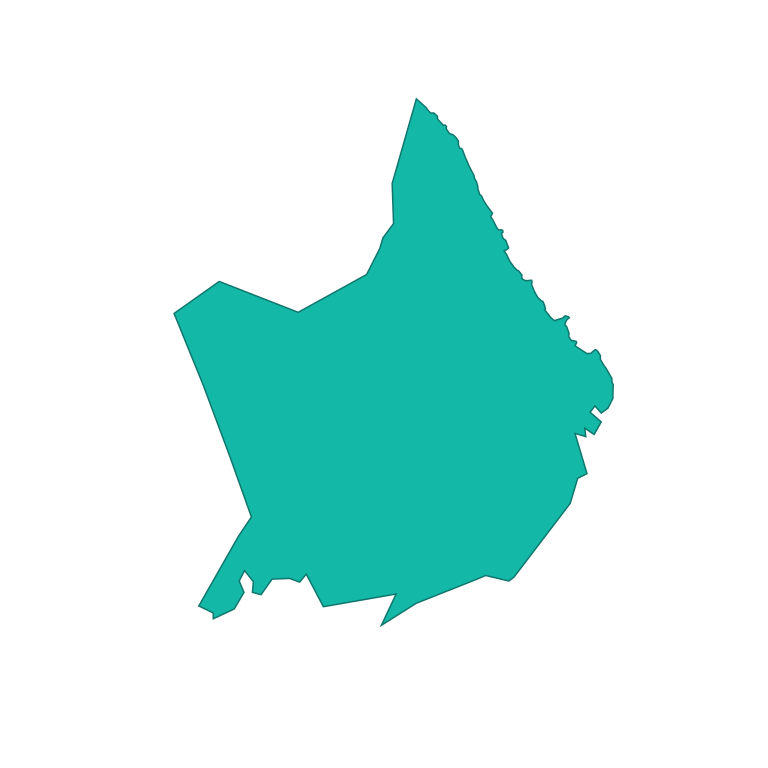 Greenbrier, West Virginia, United States of America (Albers equal-area conic projection), rotated 290°
{"feature_id": "52423323B57989185183638", "entity_name": "Greenbrier", "entity_type": "district", "adm_level": 2, "iso_a3": "USA", "parent_name": "United States of America", "parent_adm1": "West Virginia", "projection": "albers", "projection_center": [-80.27, 37.976], "detail": "fine", "context": "isolated", "style": "filled", "palette": "teal", "viewbox_px": 768, "rotation_deg": 290, "n_neighbors": 0, "source": "geoboundaries", "source_scale": "gbopen_adm2", "svg_char_len": 2127}
<svg xmlns="http://www.w3.org/2000/svg" viewBox="0 0 768 768"><g transform="rotate(290 384 384)"><path d="M112.1,285.9L110.4,301.8L105.0,303.9L121.4,320.2L140.3,323.7L149.4,315.3L161.0,316.8L153.5,328.9L143.2,331.6L144.0,340.5L162.4,345.6L169.0,361.8L169.0,372.5L178.7,376.0L154.0,403.2L190.8,467.2L156.4,464.1L189.1,489.4L231.4,537.0L238.8,545.0L241.6,568.7L246.7,572.1L335.5,599.8L361.6,598.3L369.2,605.4L402.9,580.4L403.6,591.6L411.2,587.7L408.4,598.7L422.6,601.1L428.0,587.3L435.5,589.7L431.0,598.1L437.9,602.7L448.7,604.0L462.0,599.5L463.2,597.9L467.4,596.0L474.7,587.3L476.5,584.5L481.0,579.0L484.8,577.6L487.8,573.6L488.4,572.6L488.5,570.6L483.5,567.8L482.0,564.2L485.2,550.7L485.8,550.5L488.7,550.9L489.8,549.9L489.4,546.7L488.9,545.5L491.5,541.4L494.9,540.6L500.5,535.9L501.4,533.8L503.2,533.4L506.6,533.8L509.1,535.0L509.5,535.5L509.8,535.2L510.3,534.4L510.1,531.0L508.5,530.0L507.6,530.1L502.9,523.7L502.0,523.2L502.1,521.4L503.4,518.2L508.5,509.9L509.5,510.1L509.9,509.9L513.1,507.8L515.8,505.2L516.2,503.0L517.9,499.0L519.9,496.5L522.9,493.2L527.8,488.7L530.6,488.2L532.0,487.2L529.5,481.8L529.8,478.9L530.5,477.3L533.6,476.3L536.4,471.7L536.4,470.2L538.2,466.4L542.3,460.3L547.3,455.2L550.2,451.4L551.2,452.1L551.9,453.2L554.4,454.6L560.4,449.4L560.9,448.5L561.3,446.6L561.8,445.9L565.4,443.0L565.7,442.9L567.2,443.9L568.9,443.1L569.0,441.0L568.1,439.9L568.1,438.7L569.4,436.6L575.4,430.2L577.7,427.0L581.5,427.6L587.3,418.9L590.9,414.4L594.1,411.3L594.7,409.3L599.4,405.5L601.2,404.9L605.3,402.0L605.6,401.7L608.7,398.2L610.3,397.7L617.6,389.7L624.8,382.9L631.3,377.3L631.7,376.0L631.5,374.9L631.9,374.0L633.9,372.3L637.7,370.8L639.5,368.5L641.5,364.6L641.9,362.8L641.6,360.9L642.1,359.4L645.0,355.3L647.4,354.6L648.2,352.7L647.6,351.6L647.7,350.8L650.9,344.4L652.0,343.2L653.0,343.1L653.9,342.5L654.8,340.6L655.7,337.9L654.8,335.9L654.7,334.9L656.3,331.6L658.1,329.1L663.0,316.9L575.2,323.1L538.0,338.1L520.9,333.0L510.0,333.7L480.9,330.2L422.0,278.8L424.0,194.1L378.5,162.6L321.0,214.6L289.0,241.9L262.6,264.4L213.7,304.9L191.1,299.3L112.1,285.9Z" fill="#14b8a6" stroke="#0f766e" stroke-width="1.5"/></g></svg>